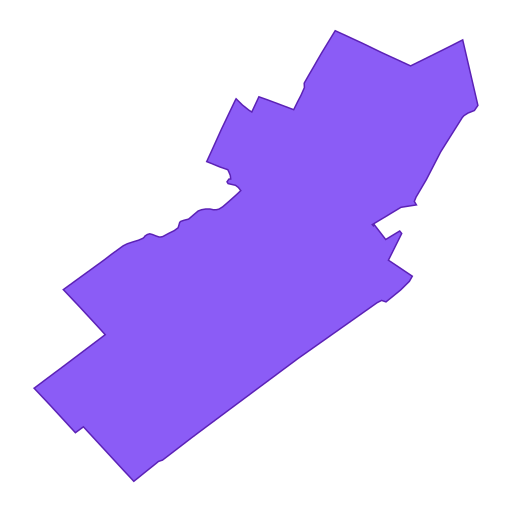 Nanov, Teleorman, Romania
{"feature_id": "2599482B59820157920356", "entity_name": "Nanov", "entity_type": "district", "adm_level": 2, "iso_a3": "ROU", "parent_name": "Romania", "parent_adm1": "Teleorman", "projection": "robinson", "projection_center": [25.25, 43.959], "detail": "fine", "context": "isolated", "style": "filled", "palette": "violet", "viewbox_px": 512, "rotation_deg": 0, "n_neighbors": 0, "source": "geoboundaries", "source_scale": "gbopen_adm2", "svg_char_len": 1699}
<svg xmlns="http://www.w3.org/2000/svg" viewBox="0 0 512 512"><path d="M462.7,39.9L461.5,40.5L460.1,41.2L456.2,43.2L445.7,48.5L442.5,50.1L430.0,56.3L410.6,65.9L381.5,52.5L361.9,43.0L335.2,30.7L321.6,53.0L316.6,61.6L315.2,64.1L313.3,67.4L309.2,74.4L306.8,78.6L304.8,82.1L304.2,83.2L304.3,85.4L304.4,87.6L301.0,95.3L297.7,101.6L293.7,109.7L267.4,99.8L258.9,96.8L251.8,112.0L248.9,110.2L246.3,108.1L242.5,105.1L236.1,98.8L235.2,100.4L221.4,129.3L211.9,150.3L206.7,161.6L210.5,163.1L219.7,166.9L227.8,169.7L228.9,172.0L230.3,175.4L230.7,179.0L228.9,179.1L227.0,181.8L228.1,183.6L235.5,185.3L238.3,187.4L240.8,190.6L235.8,195.3L227.7,202.5L222.7,206.8L219.0,209.1L216.5,209.7L213.6,209.8L209.9,209.0L205.8,209.0L201.6,209.7L198.1,211.0L194.1,214.4L188.6,219.1L183.9,220.3L180.7,221.4L179.7,222.4L178.9,225.2L178.1,227.8L174.1,230.7L169.0,233.2L162.7,236.6L160.6,237.0L159.1,237.0L155.9,235.9L152.4,234.5L149.7,233.8L147.3,234.5L144.9,236.1L144.2,237.2L142.9,238.3L138.5,240.2L132.6,242.0L127.2,243.8L123.2,245.8L111.6,254.2L104.2,259.9L63.3,289.6L78.8,306.0L99.5,328.4L105.2,334.7L57.8,370.5L56.4,371.5L45.3,379.8L35.2,387.4L34.8,387.8L34.1,388.2L35.5,389.7L37.5,391.8L44.1,398.8L50.3,405.4L75.4,432.7L83.4,426.8L124.0,470.8L133.8,481.3L146.1,471.4L155.6,463.8L158.5,461.4L162.5,460.1L187.0,441.3L191.8,437.6L206.1,426.9L229.3,409.6L298.0,358.5L377.1,302.7L381.6,300.4L386.0,301.9L400.6,290.0L409.4,281.3L412.3,276.2L388.4,260.2L401.7,233.5L399.7,231.0L385.7,239.5L374.5,225.0L373.5,225.9L372.3,224.6L401.0,207.3L416.4,204.9L414.3,201.4L416.1,197.0L426.3,179.7L440.7,151.8L462.3,117.5L464.0,115.6L467.9,113.1L474.4,110.5L477.9,105.4L462.7,39.9Z" fill="#8b5cf6" stroke="#5b21b6" stroke-width="1.5"/></svg>